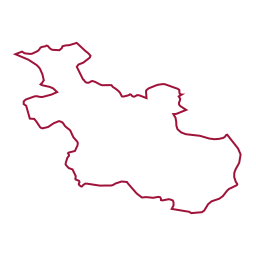 SVG path tracing the border of Overijssel
{"feature_id": "NLD-899", "entity_name": "Overijssel", "entity_type": "Province", "adm_level": 1, "iso_a3": "NLD", "parent_name": "Netherlands", "parent_adm1": "", "projection": "natural_earth1", "projection_center": [6.317, 52.481], "detail": "fine", "context": "isolated", "style": "outline", "palette": "rose", "viewbox_px": 256, "rotation_deg": 0, "n_neighbors": 0, "source": "natural_earth", "source_scale": "10m", "svg_char_len": 2819}
<svg xmlns="http://www.w3.org/2000/svg" viewBox="0 0 256 256"><path d="M181.7,94.6L178.7,96.4L180.2,98.8L179.8,100.8L179.0,102.7L179.1,104.6L180.3,106.1L186.2,109.9L176.3,113.9L173.3,114.1L175.5,117.7L176.2,121.7L176.4,125.8L177.5,129.2L181.1,132.4L185.8,134.2L199.9,135.8L209.1,138.5L214.2,139.2L218.9,138.9L223.3,137.9L225.0,136.7L226.1,135.1L227.2,134.7L238.1,148.6L240.6,154.5L239.2,162.8L235.6,169.3L234.3,172.8L234.2,177.0L235.8,181.9L236.9,183.4L237.3,184.1L236.8,185.2L228.9,189.0L227.0,190.8L222.8,196.2L219.3,198.7L211.6,201.3L208.1,204.2L204.2,210.6L201.9,212.2L191.4,213.1L191.2,213.1L189.2,211.8L171.7,208.9L173.5,205.5L173.6,204.3L173.4,202.0L173.1,201.0L172.6,200.4L172.0,200.1L170.2,199.5L168.8,199.2L162.5,200.4L161.7,200.3L161.0,200.1L161.0,199.3L160.8,198.4L160.2,197.3L159.2,197.0L158.1,196.9L153.1,197.8L146.2,197.1L141.9,197.5L136.7,193.5L128.2,183.8L128.0,183.5L126.9,182.0L121.6,181.5L115.5,183.5L112.8,185.1L111.1,185.5L99.7,185.6L87.2,183.7L85.5,183.6L85.0,183.8L83.3,184.9L82.0,186.4L81.6,186.5L81.0,186.4L79.5,185.3L79.0,184.7L78.8,184.2L78.8,183.9L78.8,183.7L79.5,182.2L79.2,181.1L78.3,180.5L76.3,179.8L75.6,179.4L75.3,178.6L75.6,177.9L75.7,176.0L72.5,169.4L68.8,168.1L67.9,167.2L66.1,165.2L65.6,164.4L65.8,162.7L67.4,157.7L69.0,155.7L68.9,154.8L68.0,153.2L68.4,152.9L68.9,152.5L74.9,151.0L77.5,145.5L77.8,142.9L77.5,142.2L77.2,141.6L73.5,137.4L72.1,134.6L70.5,130.9L69.4,129.6L68.1,128.7L64.9,126.0L63.6,123.9L62.4,122.4L61.1,121.8L59.0,121.1L53.8,123.2L48.1,127.0L42.7,128.3L41.3,128.0L40.1,127.2L36.4,121.6L34.2,118.9L32.3,118.8L29.8,118.6L26.2,105.8L23.7,104.1L23.7,101.4L25.6,99.7L25.8,99.5L34.8,96.3L37.2,96.2L38.2,96.6L41.1,97.0L42.8,96.9L51.4,94.6L57.1,92.1L53.2,88.4L49.7,86.9L42.5,85.3L41.0,84.7L40.5,84.4L40.8,84.0L42.1,83.0L42.8,81.7L43.8,80.4L42.5,74.6L40.0,68.8L38.7,67.1L36.6,65.0L28.4,59.7L15.4,54.2L22.0,51.6L24.1,53.0L24.8,53.3L29.8,53.9L30.8,53.9L32.1,53.7L37.4,51.2L38.3,50.6L39.1,49.6L39.7,48.8L40.2,48.0L40.8,47.4L41.7,47.0L45.3,46.3L45.9,46.0L46.4,45.6L46.8,45.6L47.8,46.0L49.9,48.4L51.5,49.5L52.4,49.8L59.4,50.2L61.9,48.0L62.1,47.6L62.3,46.6L62.5,46.3L62.9,46.1L65.8,45.4L69.2,45.2L76.7,42.9L85.6,51.2L87.0,52.2L88.8,53.8L90.5,55.8L89.7,57.7L83.2,62.7L78.5,64.5L76.8,66.8L83.0,79.4L83.8,79.9L85.0,81.6L85.5,82.0L86.2,82.5L87.7,82.8L88.7,82.7L90.1,82.0L91.2,81.3L92.4,81.0L95.2,81.9L100.7,84.8L102.2,85.2L110.8,85.1L111.5,85.2L112.9,87.0L115.6,88.7L118.7,91.2L120.1,92.9L121.6,95.9L121.8,96.3L122.5,96.5L123.7,96.5L127.8,95.5L129.1,95.0L130.0,94.3L130.4,94.4L131.0,94.7L131.9,95.7L132.5,96.3L133.5,96.6L134.5,96.6L136.0,95.8L136.7,95.2L138.1,95.2L139.2,95.3L146.5,98.1L146.0,91.3L146.4,90.2L148.6,88.4L157.3,84.9L162.5,84.1L164.8,84.2L177.7,88.8L178.7,89.5L179.4,90.1L179.3,91.8L179.7,93.7L181.6,94.6L181.7,94.6Z" fill="none" stroke="#9f1239" stroke-width="2"/></svg>